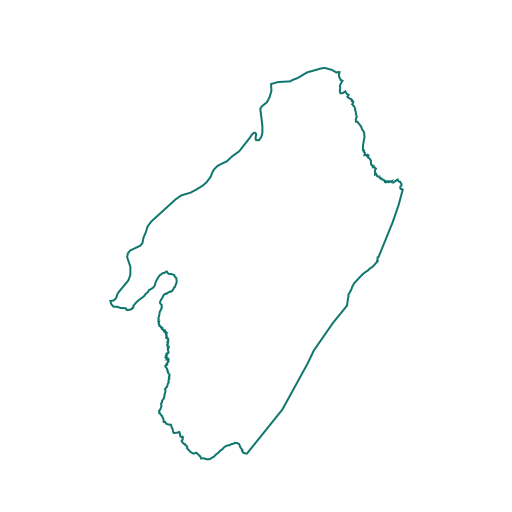 Mwansabombwe, Luapula, Zambia (Equal Earth projection), rotated 34°
{"feature_id": "96606910B97208010005617", "entity_name": "Mwansabombwe", "entity_type": "district", "adm_level": 2, "iso_a3": "ZMB", "parent_name": "Zambia", "parent_adm1": "Luapula", "projection": "equal_earth", "projection_center": [28.784, -9.921], "detail": "fine", "context": "isolated", "style": "outline", "palette": "teal", "viewbox_px": 512, "rotation_deg": 34, "n_neighbors": 0, "source": "geoboundaries", "source_scale": "gbopen_adm2", "svg_char_len": 6092}
<svg xmlns="http://www.w3.org/2000/svg" viewBox="0 0 512 512"><g transform="rotate(34 256 256)"><path d="M359.0,424.8L363.7,368.6L358.9,316.2L356.8,302.2L357.2,268.6L359.2,246.2L355.7,239.2L355.4,237.8L354.4,236.7L354.1,235.8L354.2,234.6L353.6,229.6L353.0,228.1L352.6,223.6L354.5,212.1L355.4,208.9L356.9,205.4L357.2,203.3L358.8,199.2L359.7,192.4L359.4,192.4L359.5,191.9L358.9,191.6L357.6,189.1L358.2,188.5L350.5,151.9L345.7,133.9L340.5,118.9L339.8,118.9L338.4,119.5L337.1,118.5L336.9,117.3L337.1,115.9L336.1,114.9L334.0,113.9L333.4,114.3L332.1,114.1L331.3,114.0L330.8,113.4L330.2,114.3L330.1,115.1L329.8,115.3L329.7,115.9L329.2,116.6L328.9,118.3L327.1,118.9L326.5,118.7L326.5,118.2L326.0,118.9L325.5,119.1L325.2,119.8L324.6,119.7L324.7,120.2L324.4,120.2L324.2,120.9L323.1,120.7L322.6,122.3L322.0,122.3L321.8,121.4L321.0,121.7L320.9,122.2L320.2,121.6L319.5,121.4L317.1,122.3L316.8,122.2L316.6,121.6L315.2,122.1L314.5,121.8L313.9,121.1L312.1,122.2L309.7,120.8L309.1,121.9L307.8,119.8L307.1,119.3L306.6,118.0L306.6,116.5L305.2,116.3L304.1,116.7L303.6,116.0L303.1,116.9L302.1,115.7L301.5,116.0L300.1,115.7L297.9,112.6L297.1,112.4L296.3,111.8L294.0,111.7L292.9,111.3L293.3,110.5L292.9,109.6L291.6,109.8L291.3,110.6L289.5,111.8L289.0,110.1L288.4,109.5L287.5,109.4L286.6,108.3L286.3,108.8L285.1,108.1L282.6,103.9L280.2,98.6L279.8,97.2L277.2,93.9L275.4,92.4L273.2,91.8L270.8,89.9L264.8,88.0L263.9,88.8L262.8,87.7L261.9,86.0L261.9,84.8L261.4,83.9L259.6,82.6L257.9,80.4L256.5,79.7L255.8,78.4L253.6,77.0L252.2,76.9L251.1,76.1L250.9,76.2L250.7,74.2L250.1,73.5L248.9,74.1L248.1,72.8L247.1,72.7L246.6,73.1L244.8,72.9L243.5,73.2L242.7,72.8L242.7,70.7L241.1,70.8L239.6,70.4L238.0,69.5L237.4,71.3L237.1,71.6L237.0,72.2L236.4,72.8L235.0,73.9L234.5,73.3L233.6,72.9L233.1,71.9L232.7,71.6L232.1,69.9L230.2,67.6L229.7,63.6L229.7,62.4L227.5,62.7L227.3,62.3L224.7,61.0L222.9,58.6L222.5,56.9L221.0,57.7L220.2,58.9L214.8,59.3L207.9,61.6L205.2,64.0L195.7,75.2L191.0,85.2L187.7,89.9L186.7,92.1L177.1,99.4L172.3,105.0L176.4,110.4L178.4,116.5L179.1,122.3L177.2,128.5L177.2,131.5L188.4,144.4L192.3,150.1L193.8,154.2L193.8,158.2L191.5,159.8L190.9,159.8L189.6,158.4L188.3,155.4L187.6,154.6L186.1,154.4L185.3,155.3L184.7,157.7L184.8,160.8L183.5,178.7L180.6,186.4L178.8,194.0L176.1,198.4L173.6,203.2L172.8,207.7L173.0,211.0L174.1,215.5L173.8,222.4L172.4,227.6L169.6,233.8L166.3,240.1L160.2,247.5L157.7,253.9L149.9,285.9L149.6,292.0L151.4,298.1L152.4,303.6L154.6,308.7L154.4,312.0L148.6,321.8L148.3,325.5L149.8,329.0L158.0,335.3L162.5,342.1L163.8,347.6L162.3,363.2L162.6,365.9L163.4,368.5L163.5,370.2L162.6,372.8L160.4,374.7L162.9,376.8L166.1,377.7L169.6,375.6L172.7,374.9L177.3,372.1L178.6,372.9L179.4,373.0L182.4,370.0L182.7,369.0L182.5,368.1L183.1,367.6L182.3,365.8L182.3,364.4L182.7,361.4L183.7,357.3L185.1,353.7L185.7,351.6L185.8,349.0L186.5,346.2L186.5,345.2L186.3,344.0L186.9,343.2L188.4,339.9L188.6,337.1L187.4,333.7L186.9,328.5L187.0,325.8L188.5,322.0L189.4,321.3L190.6,318.8L192.0,319.4L194.1,319.6L195.7,318.2L196.2,318.3L198.7,317.5L200.7,318.7L202.1,318.7L204.8,321.8L206.1,327.2L205.6,327.9L206.0,329.7L205.9,332.4L205.4,332.9L205.3,333.4L204.7,333.5L204.2,334.1L204.0,335.1L203.7,335.3L203.1,336.5L203.1,337.3L202.0,337.8L201.3,339.7L201.8,344.5L201.7,345.3L202.3,348.2L203.3,349.0L205.4,349.4L206.0,350.3L206.2,351.2L206.9,351.6L207.3,354.5L207.3,355.9L208.7,358.7L210.0,362.4L210.9,363.0L211.0,363.7L211.7,364.9L212.3,364.6L212.4,365.3L212.7,365.8L212.9,365.8L213.2,366.6L214.2,366.9L214.8,368.0L215.7,367.7L216.8,368.2L217.2,367.9L217.5,368.2L218.4,368.0L218.6,368.8L219.0,368.6L219.3,368.9L219.1,369.2L219.5,369.4L219.5,369.9L219.9,368.9L221.5,369.7L221.7,368.8L222.0,368.5L222.6,369.0L222.9,368.7L222.7,369.1L223.2,369.1L223.2,369.8L223.7,369.6L223.8,370.0L224.2,370.0L224.0,370.3L224.5,370.8L224.9,370.8L225.2,370.4L225.3,371.4L225.6,371.4L225.6,371.7L226.0,372.1L226.8,372.2L226.9,372.9L227.1,373.0L227.0,373.4L227.3,373.5L227.5,374.2L228.5,374.0L228.7,373.5L229.5,373.8L230.2,374.5L230.4,375.5L230.7,375.7L230.9,376.2L230.5,376.4L230.7,376.9L231.2,376.7L231.2,377.3L231.8,377.5L231.9,378.8L232.4,379.1L232.2,379.5L233.1,380.2L233.3,379.9L233.5,380.0L233.9,380.7L234.0,380.2L234.5,380.1L234.8,381.6L235.2,381.8L235.2,382.9L237.4,384.7L237.5,385.3L237.3,386.6L236.6,386.5L236.4,387.3L237.3,387.8L237.2,388.3L237.4,388.2L237.8,388.9L237.5,389.6L237.8,390.2L237.7,390.7L238.2,390.8L238.7,390.3L238.9,390.7L239.1,390.4L240.2,390.2L240.2,390.9L240.6,391.0L240.5,391.3L241.1,390.9L241.3,391.3L241.6,391.0L242.4,392.4L242.5,393.0L242.2,393.2L242.3,394.9L242.8,395.6L242.3,395.9L242.3,396.3L242.9,396.2L242.3,397.6L242.5,398.2L245.6,399.4L246.5,400.6L246.8,400.4L247.6,401.0L248.4,402.1L250.4,402.5L251.5,403.8L251.6,404.2L251.3,404.5L251.7,404.9L251.6,405.3L252.6,406.0L252.5,406.3L252.9,406.5L252.8,407.2L253.4,408.8L254.1,409.1L254.3,409.6L254.3,410.9L255.4,414.5L255.0,415.5L255.2,416.2L255.0,417.1L255.3,417.6L255.9,417.8L257.0,419.6L257.8,422.5L258.5,423.4L258.7,424.7L259.3,425.4L259.1,428.5L259.6,429.5L260.0,429.8L259.8,431.4L260.6,432.5L261.6,433.2L262.5,437.3L262.1,438.3L262.8,439.3L263.8,439.8L263.8,440.4L264.6,440.3L267.2,441.3L267.9,441.1L269.3,442.5L270.5,443.0L271.3,443.8L271.8,444.9L272.4,445.2L273.2,444.4L274.2,444.5L274.9,445.2L275.9,445.2L278.8,444.2L279.7,443.4L280.5,443.9L281.5,445.0L283.6,446.0L285.6,448.2L286.9,448.7L290.4,445.7L290.6,444.8L290.9,444.7L292.9,446.4L294.1,447.9L295.7,447.8L296.1,446.8L296.5,446.9L297.5,448.4L297.9,449.9L297.6,450.7L298.0,451.2L301.3,452.1L302.2,451.7L303.2,452.4L304.3,452.1L305.6,452.6L306.2,453.7L306.5,453.6L307.3,454.3L309.4,454.5L310.8,455.1L314.0,454.9L315.1,454.5L315.9,453.1L316.8,452.4L318.6,452.9L319.5,452.8L321.2,453.4L321.8,453.2L323.7,454.6L326.0,452.7L327.3,452.6L330.1,451.3L331.6,449.8L332.0,448.4L333.5,445.6L333.5,444.1L334.9,439.8L335.3,436.9L336.0,436.0L336.6,432.1L337.1,430.8L338.2,429.2L339.9,427.6L340.6,426.0L342.5,423.9L342.9,422.8L345.1,421.6L347.3,421.4L350.2,423.5L352.8,424.3L353.1,425.1L353.7,424.9L354.3,425.8L355.0,426.1L355.7,426.2L358.5,425.2L359.0,424.8Z" fill="none" stroke="#0f766e" stroke-width="2"/></g></svg>